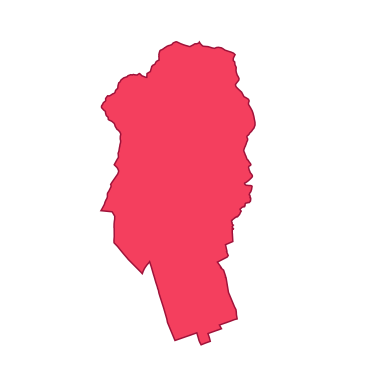 the district of Crizbav, Brasov, Romania, rotated 68°
{"feature_id": "2599482B31173771953984", "entity_name": "Crizbav", "entity_type": "district", "adm_level": 2, "iso_a3": "ROU", "parent_name": "Romania", "parent_adm1": "Brasov", "projection": "equal_earth", "projection_center": [25.451, 45.829], "detail": "fine", "context": "isolated", "style": "filled", "palette": "rose", "viewbox_px": 384, "rotation_deg": 68, "n_neighbors": 0, "source": "geoboundaries", "source_scale": "gbopen_adm2", "svg_char_len": 5966}
<svg xmlns="http://www.w3.org/2000/svg" viewBox="0 0 384 384"><g transform="rotate(68 192 192)"><path d="M175.2,283.4L180.3,273.7L180.7,273.4L185.6,272.7L186.3,273.1L187.6,273.6L188.8,274.2L189.9,274.9L192.4,276.2L195.7,277.6L196.6,277.8L204.2,280.8L207.9,282.6L209.9,283.3L212.9,282.1L214.6,281.4L217.0,280.7L219.3,280.0L223.8,278.6L229.4,276.7L230.5,276.4L247.4,269.3L249.1,268.7L248.5,268.1L247.3,267.1L246.7,266.4L245.8,265.5L244.6,264.0L244.2,263.4L242.6,260.9L241.8,259.2L241.3,258.3L240.7,257.4L241.2,257.4L246.5,257.8L254.1,258.6L256.7,258.8L262.4,259.4L267.1,259.7L268.9,260.0L269.6,259.9L270.7,260.0L273.2,260.5L276.4,260.8L288.6,261.7L300.2,262.9L303.8,263.6L323.3,263.4L324.4,240.3L329.5,240.8L332.0,241.1L334.0,241.1L337.1,240.8L337.1,235.9L337.3,231.0L333.7,230.5L329.2,230.2L329.8,215.9L325.6,216.4L326.1,205.6L326.2,200.3L326.6,197.7L326.3,197.6L322.5,196.8L319.9,195.9L317.5,195.3L315.5,195.5L314.8,195.6L298.8,195.8L285.9,192.9L283.9,192.5L283.7,192.9L282.5,192.4L276.3,192.0L273.1,193.7L273.0,193.2L266.5,194.7L265.5,183.8L265.1,183.1L264.9,182.9L264.4,182.2L260.3,182.3L260.1,181.8L253.4,180.7L253.2,172.7L247.0,170.6L245.9,170.2L245.0,170.0L243.1,169.2L241.2,168.4L241.9,167.6L241.6,167.3L240.3,167.8L239.2,167.7L239.1,167.3L238.6,166.9L238.2,166.1L237.4,166.6L236.5,166.7L235.5,166.3L234.8,166.4L233.6,166.2L233.5,165.9L233.4,165.5L232.9,165.2L232.7,164.2L232.2,162.6L232.2,162.3L232.0,162.1L231.9,161.8L231.9,161.0L231.6,160.4L231.6,159.8L232.0,159.6L231.9,158.7L231.5,158.1L231.1,157.8L230.9,157.3L231.0,156.9L230.9,156.7L230.4,156.1L228.5,154.2L228.5,153.8L228.1,153.6L227.8,153.6L227.4,153.8L226.5,153.9L226.3,154.0L226.0,153.9L225.8,153.8L225.6,153.2L225.4,152.4L225.0,151.5L224.9,151.1L225.0,150.2L225.0,149.7L225.2,149.4L225.3,149.1L225.3,148.7L225.1,148.5L224.5,148.6L224.4,148.5L224.4,148.1L224.4,147.9L223.7,147.5L223.4,147.5L223.2,147.4L222.7,146.9L222.6,146.7L222.5,145.7L222.7,145.4L222.8,144.6L222.8,144.4L222.7,144.3L222.7,144.0L223.1,143.4L223.2,143.1L223.2,142.9L223.0,142.6L222.8,142.3L222.8,142.1L222.4,141.3L222.3,141.2L221.9,141.2L221.4,140.6L220.5,140.4L220.5,140.2L220.3,140.1L219.8,139.9L219.6,139.9L219.0,140.3L218.9,140.3L218.7,140.2L218.7,139.9L218.2,139.9L217.2,139.6L216.7,139.7L216.0,140.0L215.6,139.6L214.7,139.0L213.9,137.6L213.7,137.3L213.5,137.1L212.7,136.5L212.1,135.9L209.8,134.5L209.5,134.3L209.3,134.2L209.0,134.2L208.7,134.4L208.3,134.8L208.0,135.2L207.7,135.9L207.0,137.4L206.7,137.8L206.2,139.0L205.6,139.6L205.1,139.9L204.5,140.1L204.0,140.1L203.6,140.0L203.4,139.5L203.4,138.6L202.9,136.4L202.4,134.8L202.2,134.3L201.3,132.0L200.6,130.6L200.2,130.2L199.7,130.0L199.2,129.9L198.3,130.0L195.7,130.8L195.3,130.7L193.7,130.7L192.7,130.7L190.7,130.4L190.3,130.3L189.8,130.0L189.3,129.1L189.3,128.3L189.1,127.6L188.9,127.3L188.7,127.2L188.4,127.1L187.5,127.2L184.5,128.0L183.9,127.9L183.6,128.0L182.7,128.6L181.8,128.7L178.6,128.6L177.6,128.7L174.8,128.6L174.1,128.7L172.6,128.4L172.0,127.9L171.6,127.5L171.1,127.1L170.4,126.5L169.9,126.0L169.4,125.3L168.7,124.8L168.3,124.3L165.9,122.3L165.3,121.5L164.5,120.9L163.7,120.5L163.3,120.5L162.0,120.6L161.5,120.5L161.1,120.3L160.7,119.8L160.5,119.4L160.3,118.4L160.0,118.0L159.8,117.4L158.8,116.3L158.7,115.7L157.9,113.9L156.9,112.4L156.1,110.8L153.6,108.5L151.0,107.5L147.7,106.9L145.4,106.4L141.8,105.9L139.2,105.8L135.6,106.2L132.1,106.8L130.6,106.3L129.0,104.9L127.2,104.9L124.7,106.7L123.1,108.1L118.0,108.6L114.4,110.3L111.6,111.5L110.2,111.8L108.6,111.4L107.4,109.5L105.9,106.8L104.7,106.0L103.9,105.9L102.3,106.0L100.5,106.3L97.7,106.1L95.9,105.7L92.9,104.3L90.1,104.5L87.4,103.7L85.7,104.5L84.8,104.2L83.4,103.5L82.0,102.0L80.8,100.6L78.8,101.5L76.9,103.4L75.1,105.6L72.8,108.3L70.5,109.8L69.3,110.8L67.7,113.4L67.2,115.3L67.3,117.2L66.2,119.0L63.2,122.7L62.5,124.1L61.1,126.9L60.3,127.6L57.4,128.8L56.9,128.8L55.7,129.0L56.4,129.9L56.4,131.1L56.3,132.1L56.2,132.6L55.8,133.4L55.7,133.9L56.0,135.8L56.1,136.8L56.2,137.4L56.2,137.9L56.4,139.4L55.8,140.4L54.8,141.6L53.6,143.2L51.8,145.3L51.4,145.7L50.1,147.1L48.2,148.8L47.8,149.3L47.2,149.7L46.9,150.2L46.7,150.7L46.7,151.5L46.7,153.1L46.8,153.5L46.9,154.0L47.4,154.9L47.7,155.4L47.8,155.8L47.7,156.9L47.7,157.4L47.7,157.8L47.5,158.8L47.5,160.0L47.6,161.0L47.8,161.7L47.8,162.1L48.0,162.7L48.0,163.4L48.4,164.4L48.8,166.9L48.7,167.6L48.9,168.6L49.3,169.1L50.8,170.3L52.1,171.2L53.4,171.6L53.7,171.9L55.5,172.4L56.3,172.8L57.2,173.0L57.6,176.1L58.3,177.1L59.0,177.8L59.7,178.8L59.8,180.8L60.4,181.7L60.4,182.3L61.0,182.6L64.7,185.5L65.3,189.3L68.8,191.0L68.5,191.7L65.5,194.9L62.9,196.0L62.4,196.5L63.0,199.0L62.0,201.0L61.0,202.5L61.1,203.6L60.3,204.8L60.2,207.8L60.8,209.0L60.6,212.6L61.5,215.8L62.7,217.2L63.1,217.9L63.4,219.1L64.4,219.8L65.7,220.8L67.5,221.7L67.9,222.0L68.3,222.7L69.0,224.5L69.5,225.1L70.6,225.9L71.1,226.5L71.4,227.7L71.3,228.6L71.3,229.0L71.5,229.5L71.6,230.6L71.9,231.1L71.9,233.0L71.4,233.7L71.2,234.2L72.5,236.4L73.3,237.3L74.4,237.5L75.0,237.9L75.5,238.9L75.9,240.5L76.4,241.2L77.5,242.3L78.0,243.3L78.6,243.8L79.6,244.2L80.1,244.2L82.0,243.5L83.3,243.0L84.6,242.2L85.0,242.1L85.7,242.4L86.5,242.6L88.3,242.8L89.1,242.8L89.4,242.7L91.0,241.9L91.6,241.9L92.0,241.9L93.0,242.4L93.3,242.4L93.7,242.3L94.8,241.4L95.7,240.5L96.7,239.7L97.3,239.4L99.1,238.5L99.6,238.4L100.2,238.4L102.4,238.6L103.1,238.5L104.2,238.3L105.6,238.1L105.9,238.0L106.9,237.3L108.7,236.6L109.3,236.4L110.1,236.4L110.5,236.3L111.2,236.3L112.2,236.6L112.6,237.0L113.5,237.6L116.0,238.7L118.0,239.0L118.9,239.5L119.5,239.8L120.1,240.2L120.5,240.6L121.4,241.2L122.5,241.8L123.3,242.4L126.9,244.6L128.4,246.0L129.9,246.4L132.3,247.2L133.9,249.4L137.6,253.9L141.1,252.4L142.0,252.2L143.2,252.1L144.8,252.1L145.7,252.5L147.5,254.1L152.8,262.2L154.5,264.6L155.6,264.6L156.6,265.0L157.6,266.0L159.9,268.6L161.5,270.8L162.6,271.4L164.5,272.1L165.1,272.5L165.8,273.1L166.4,273.7L167.1,274.7L167.9,275.5L169.0,276.6L170.6,277.8L174.2,282.1L175.2,283.4Z" fill="#f43f5e" stroke="#9f1239" stroke-width="1.5"/></g></svg>